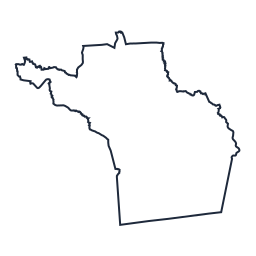 Mueang Phatthalung, Phatthalung, Thailand, rotated 89°
{"feature_id": "78962969B3121314060328", "entity_name": "Mueang Phatthalung", "entity_type": "district", "adm_level": 2, "iso_a3": "THA", "parent_name": "Thailand", "parent_adm1": "Phatthalung", "projection": "albers", "projection_center": [100.053, 7.588], "detail": "fine", "context": "isolated", "style": "outline", "palette": "slate", "viewbox_px": 256, "rotation_deg": 89, "n_neighbors": 0, "source": "geoboundaries", "source_scale": "gbopen_adm2", "svg_char_len": 5592}
<svg xmlns="http://www.w3.org/2000/svg" viewBox="0 0 256 256"><g transform="rotate(89 128 128)"><path d="M224.7,137.5L221.4,109.0L219.5,89.0L215.0,48.7L213.8,36.3L160.6,24.5L159.5,24.9L159.0,24.9L158.1,24.3L157.5,23.7L157.3,22.8L157.5,21.5L157.3,20.9L156.8,20.5L155.0,20.1L154.6,19.7L153.3,17.6L152.7,17.1L152.1,17.0L151.2,17.2L150.4,17.6L149.9,18.1L148.6,20.0L148.1,20.4L147.3,20.6L145.6,20.2L144.4,20.5L143.4,21.1L141.2,23.1L140.5,23.5L139.3,23.6L137.7,23.1L134.2,22.7L133.1,23.0L132.7,23.4L131.8,25.0L130.2,27.3L129.2,28.1L128.1,28.4L125.4,28.0L123.7,29.8L122.2,29.6L121.4,29.8L120.1,30.9L119.1,31.4L118.8,31.7L118.7,32.6L119.0,33.6L117.9,34.0L117.1,34.6L117.0,35.0L117.4,35.3L117.2,35.9L116.8,36.1L116.3,35.8L116.0,35.9L115.6,36.9L115.5,37.6L115.0,37.6L114.5,37.9L114.1,37.5L113.4,37.2L111.4,36.9L110.9,37.0L110.6,36.8L110.3,37.1L109.8,35.6L108.9,35.3L108.4,35.6L107.7,35.6L107.3,36.0L106.3,36.2L106.7,38.2L107.3,39.2L107.2,40.1L106.7,40.3L106.6,40.7L106.1,41.4L105.9,42.7L105.0,43.5L104.4,44.6L103.8,45.1L103.3,46.3L95.0,49.8L95.4,50.2L94.8,50.4L95.1,52.0L95.4,52.4L95.2,52.8L94.7,53.1L94.6,54.4L93.9,54.5L93.5,55.1L92.7,55.0L92.0,56.3L92.2,57.4L93.0,58.1L93.2,60.5L95.9,61.3L96.5,61.9L96.6,62.2L96.5,62.7L96.6,63.2L95.5,64.4L95.7,65.0L94.8,65.5L94.5,66.6L94.0,67.2L93.9,67.8L93.2,68.7L92.4,69.2L92.1,69.8L92.3,70.6L92.2,71.6L92.5,72.0L92.1,74.7L92.1,75.9L92.3,76.9L92.8,77.7L92.6,78.3L92.0,78.3L91.5,78.8L90.2,78.8L90.3,79.0L90.1,79.2L88.4,78.5L86.5,78.3L86.1,79.4L85.7,79.3L84.8,79.6L84.5,80.0L84.5,80.6L84.1,80.9L84.1,81.7L83.5,82.2L83.2,82.7L82.4,83.4L81.5,83.8L81.3,85.4L80.4,85.0L79.6,85.9L78.6,86.2L78.3,86.9L77.0,87.3L76.9,87.4L77.2,87.8L76.9,88.0L76.4,87.9L76.2,87.5L75.7,87.6L75.2,87.0L73.9,87.1L73.3,86.9L73.1,87.3L72.8,87.0L72.6,87.3L72.7,87.8L72.3,88.2L71.5,88.2L70.9,89.9L70.4,89.7L69.2,90.0L67.8,89.7L67.4,89.9L66.5,89.5L66.2,89.9L65.7,89.9L64.7,89.5L64.6,90.2L64.3,90.4L63.9,89.9L63.1,90.0L62.8,89.6L61.9,90.0L62.1,90.8L61.6,90.7L61.4,91.2L60.5,91.3L60.3,92.1L59.1,92.2L59.2,92.8L58.5,91.7L58.1,91.9L58.0,92.2L57.1,92.3L57.0,91.9L56.2,91.9L56.2,92.2L54.2,92.3L53.8,92.1L53.6,92.4L52.8,92.4L52.3,92.7L51.7,92.7L51.6,93.2L51.0,92.8L49.2,92.8L49.1,92.5L48.1,92.3L47.9,92.0L47.4,92.0L46.9,91.6L45.5,91.5L45.0,91.2L44.8,91.4L43.8,91.0L43.5,91.7L43.4,92.4L43.5,94.8L43.1,98.0L43.0,103.0L43.6,118.4L43.6,124.5L44.2,128.6L37.3,130.2L32.6,132.0L32.6,132.3L32.2,132.6L32.7,133.1L32.7,133.3L32.4,133.4L32.2,133.8L31.9,133.5L31.5,133.6L31.3,134.3L31.4,135.3L32.4,136.1L32.4,138.5L33.7,138.3L35.6,137.4L38.3,136.9L39.3,137.2L43.0,139.4L47.6,140.2L43.8,147.4L44.4,152.9L45.2,171.4L46.2,171.1L46.8,171.1L48.6,171.5L51.8,172.7L52.4,172.6L54.1,172.0L58.3,172.1L61.2,171.9L62.3,172.1L64.2,173.5L66.6,176.7L68.8,178.0L70.9,178.0L71.4,178.2L71.6,178.0L72.8,177.9L73.4,178.0L73.6,178.1L74.5,178.1L75.9,178.4L76.3,178.7L76.1,178.9L75.6,178.9L75.8,179.1L75.5,179.5L75.0,179.2L74.8,179.6L74.3,184.7L73.8,185.5L73.9,186.5L73.0,187.4L72.6,188.5L71.7,189.0L71.3,190.0L70.1,190.2L69.9,190.4L69.1,193.2L68.4,194.0L68.7,195.8L68.1,196.2L68.1,197.3L66.8,198.6L66.0,199.0L65.8,201.0L66.3,202.0L66.8,204.7L65.7,205.5L65.7,205.8L65.9,206.1L66.6,206.0L67.4,206.5L67.7,210.1L66.9,210.2L66.7,210.6L67.5,210.8L67.7,211.3L68.2,211.5L68.2,213.4L65.6,213.8L65.4,213.9L65.6,214.5L65.2,215.2L64.3,215.1L64.3,215.5L64.6,215.9L64.9,216.0L65.1,215.7L65.5,215.8L65.2,216.2L65.6,217.5L65.2,217.7L65.2,217.9L65.5,218.2L65.9,217.9L66.1,218.0L65.7,219.0L62.8,219.7L62.4,221.2L62.1,221.3L62.1,221.6L61.8,221.6L61.7,222.1L59.7,222.8L60.1,224.0L60.1,225.0L57.8,225.4L57.9,227.1L57.4,227.1L57.4,227.5L57.2,227.6L57.2,228.3L55.7,228.4L55.9,230.8L59.3,229.7L61.0,230.1L63.0,231.0L63.0,231.4L62.2,232.5L62.4,233.4L62.7,233.5L62.8,234.0L62.8,235.0L62.4,235.8L62.2,236.6L62.2,238.7L62.5,239.0L62.9,238.6L63.4,238.8L65.8,238.8L66.1,238.7L66.3,238.0L69.3,237.8L69.5,237.4L73.0,237.5L74.5,236.2L74.9,235.6L74.7,235.1L76.5,234.6L77.6,234.6L78.5,231.5L79.5,224.6L81.0,225.0L82.0,224.7L81.6,223.5L81.7,222.5L81.9,222.0L86.2,218.2L86.5,217.7L86.5,217.0L86.1,216.1L84.3,214.3L78.7,209.5L78.1,208.8L77.8,207.7L77.8,206.5L78.2,205.5L78.8,205.5L80.6,204.6L81.0,205.1L80.9,205.5L82.1,206.6L82.3,206.5L82.5,205.8L83.7,205.9L87.0,205.4L88.6,205.7L89.6,205.3L90.2,204.0L92.2,204.6L92.3,204.3L92.8,204.2L93.4,203.8L94.2,203.9L94.5,203.2L94.8,203.4L95.1,203.3L95.5,203.7L95.9,203.8L96.2,203.6L96.5,202.8L97.3,202.6L98.2,202.0L98.7,202.2L100.6,202.0L102.3,202.2L103.8,200.3L104.3,198.7L104.2,192.0L104.8,190.5L106.3,188.0L107.1,187.0L107.5,186.8L109.1,185.3L109.5,184.6L109.6,182.6L109.4,181.8L109.8,181.4L109.8,180.8L110.2,180.4L110.2,180.2L109.7,179.9L109.6,179.7L110.9,177.6L110.7,177.4L110.6,177.0L111.1,176.6L110.8,176.1L111.0,175.7L111.8,175.1L112.0,174.8L112.5,174.6L112.9,174.8L113.3,173.8L113.7,173.8L113.8,173.2L114.6,173.3L115.1,172.2L115.0,171.6L115.9,171.1L115.8,169.7L116.4,169.2L116.9,169.1L116.8,168.7L117.4,168.4L117.4,168.1L117.7,167.9L117.7,167.5L118.2,168.0L118.6,168.0L119.5,167.6L120.9,167.6L121.3,167.8L121.6,167.4L122.0,167.2L122.1,166.5L122.5,166.5L122.5,166.3L122.8,166.5L123.1,166.3L124.0,166.6L124.6,166.4L124.8,166.9L125.1,166.7L125.1,166.3L126.9,166.6L127.6,166.4L128.0,166.5L128.8,166.0L128.9,165.5L129.8,164.0L130.9,160.8L131.7,159.7L132.3,158.6L132.6,157.5L134.7,154.3L135.3,152.9L137.4,150.1L138.6,149.0L139.3,148.0L142.5,148.0L145.5,147.7L150.3,145.7L168.7,141.3L168.7,139.7L169.0,139.4L168.8,138.8L169.3,137.5L169.7,137.1L170.7,137.3L171.4,137.2L171.7,137.3L172.0,137.6L172.8,137.5L174.0,138.8L174.8,139.4L175.3,139.5L175.6,139.9L176.7,140.0L224.7,137.5Z" fill="none" stroke="#1e293b" stroke-width="2"/></g></svg>